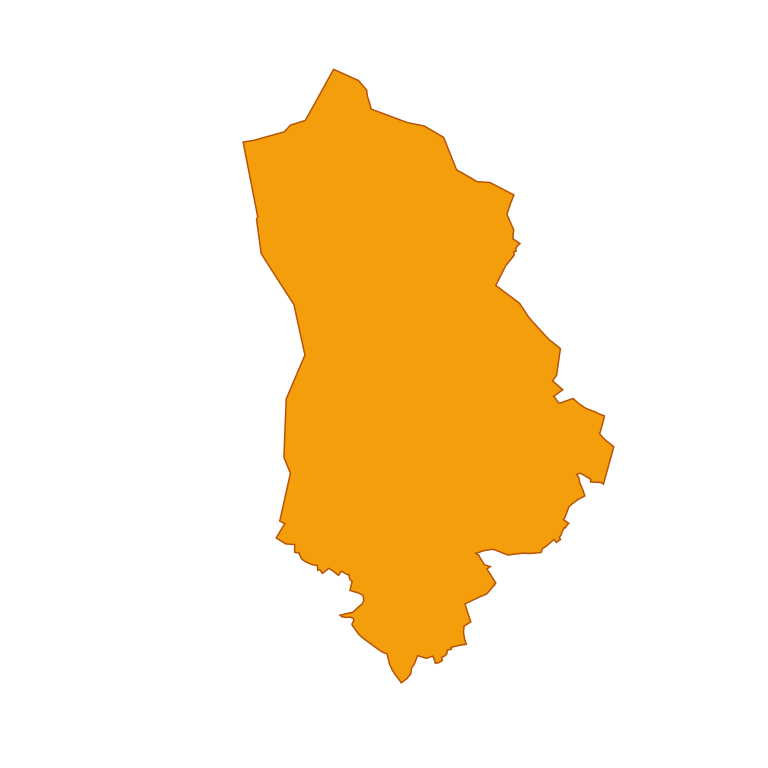 Oyi, Anambra, Nigeria, rotated 299°
{"feature_id": "59680162B91981903970684", "entity_name": "Oyi", "entity_type": "district", "adm_level": 2, "iso_a3": "NGA", "parent_name": "Nigeria", "parent_adm1": "Anambra", "projection": "natural_earth1", "projection_center": [6.865, 6.226], "detail": "fine", "context": "isolated", "style": "filled", "palette": "amber", "viewbox_px": 768, "rotation_deg": 299, "n_neighbors": 0, "source": "geoboundaries", "source_scale": "gbopen_adm2", "svg_char_len": 2811}
<svg xmlns="http://www.w3.org/2000/svg" viewBox="0 0 768 768"><g transform="rotate(299 384 384)"><path d="M160.5,457.6L160.0,460.2L161.5,464.0L163.7,467.5L164.0,471.0L162.7,472.2L159.2,472.3L157.7,472.9L152.6,483.8L151.6,488.4L149.2,507.0L148.7,512.1L149.4,517.6L142.0,524.3L137.3,530.6L132.6,540.7L131.0,544.0L137.6,546.9L143.4,547.9L149.2,545.8L153.9,546.3L162.7,545.1L164.5,553.7L166.9,556.3L169.6,558.4L168.3,560.5L166.7,562.2L164.6,564.3L166.7,566.9L170.4,569.1L172.8,566.9L174.9,568.5L176.5,569.3L179.1,569.7L181.6,568.2L184.8,571.6L186.0,570.3L189.2,573.5L191.9,576.5L196.3,582.2L199.4,578.7L203.1,575.6L206.1,573.5L209.9,572.0L210.8,571.3L218.0,575.2L226.2,566.4L231.0,561.5L245.1,571.5L250.1,575.6L259.6,577.5L262.1,578.3L262.5,577.6L264.1,578.2L264.4,578.1L264.5,577.7L272.2,563.6L275.8,565.5L274.9,560.7L274.6,559.6L277.7,553.8L280.4,549.5L280.0,547.8L280.4,546.3L287.0,552.6L290.8,557.3L292.5,560.3L294.5,575.3L303.4,587.5L306.9,594.5L312.7,603.0L317.1,602.5L319.6,603.9L321.1,604.7L322.6,605.2L324.0,605.7L325.8,606.4L330.4,608.0L328.9,611.5L330.4,612.2L333.6,613.8L334.2,612.7L334.5,612.1L334.8,611.9L335.2,611.8L338.0,612.0L340.6,611.6L342.3,611.4L344.0,611.3L344.5,611.5L346.0,611.5L346.3,612.4L348.6,612.5L350.5,612.7L351.7,613.2L351.9,611.5L352.4,606.9L355.6,606.8L360.4,606.2L363.3,605.7L366.9,605.3L373.0,607.8L377.5,610.0L380.5,612.0L383.5,613.9L388.4,608.5L391.1,605.1L392.7,602.7L393.5,602.4L396.3,600.0L398.3,596.3L401.0,598.7L401.2,601.3L400.8,611.2L398.4,612.1L401.6,618.6L403.1,621.5L402.8,624.5L440.5,615.4L442.5,603.6L445.1,596.6L446.9,596.4L460.1,593.2L463.0,592.1L462.2,587.2L461.9,581.6L460.6,573.2L460.8,568.6L461.4,563.5L463.0,556.3L452.9,547.4L452.3,545.7L453.4,543.0L454.5,541.1L455.4,538.3L465.6,543.1L468.5,530.0L475.4,530.7L500.5,521.1L503.0,506.2L510.4,484.0L512.7,477.9L520.3,463.5L524.4,434.0L546.3,433.1L559.6,435.4L562.8,433.4L564.1,435.2L565.3,434.1L567.0,433.6L570.1,433.8L572.7,434.9L573.5,426.5L576.7,424.7L581.6,422.8L592.0,409.3L602.9,407.2L612.3,406.0L611.6,379.1L606.1,367.2L606.6,343.5L628.6,316.6L629.2,294.2L623.9,277.4L618.2,239.5L622.2,235.7L627.6,230.0L632.7,226.3L637.0,214.6L634.8,187.4L576.4,187.4L565.0,176.6L556.3,174.6L533.8,151.8L527.3,143.5L469.0,192.5L466.2,192.7L438.5,213.4L429.5,229.9L409.8,266.7L371.0,300.8L323.6,305.7L271.3,332.0L260.6,345.4L249.7,348.6L213.5,359.3L213.8,364.9L197.1,364.3L196.6,374.1L196.4,375.3L200.3,383.8L196.5,385.7L193.4,387.7L195.2,391.6L193.9,392.7L190.8,397.4L190.5,402.6L191.3,409.6L193.1,413.6L188.9,416.4L190.5,418.1L188.4,421.9L196.0,425.1L195.8,429.5L194.6,437.0L199.6,437.4L199.5,444.5L200.3,446.0L198.0,447.4L196.2,449.5L196.0,451.8L186.9,454.3L188.9,463.1L188.9,468.2L184.5,471.4L181.1,471.5L177.1,469.9L169.4,467.5L165.1,462.6L160.5,457.6Z" fill="#f59e0b" stroke="#b45309" stroke-width="1.5"/></g></svg>